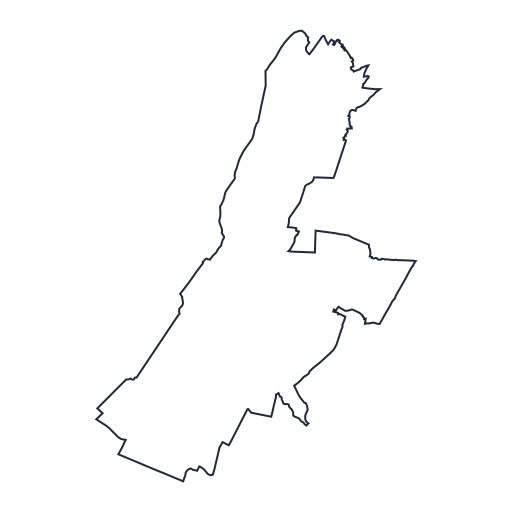 the district of Gura Foii, Dâmbovita, Romania
{"feature_id": "2599482B74557997064430", "entity_name": "Gura Foii", "entity_type": "district", "adm_level": 2, "iso_a3": "ROU", "parent_name": "Romania", "parent_adm1": "Dâmbovita", "projection": "mercator", "projection_center": [25.309, 44.762], "detail": "fine", "context": "isolated", "style": "outline", "palette": "slate", "viewbox_px": 512, "rotation_deg": 0, "n_neighbors": 0, "source": "geoboundaries", "source_scale": "gbopen_adm2", "svg_char_len": 6022}
<svg xmlns="http://www.w3.org/2000/svg" viewBox="0 0 512 512"><path d="M379.7,323.9L385.8,313.0L389.3,307.0L391.0,303.9L392.3,301.3L395.0,298.2L395.3,297.5L395.4,296.5L395.8,295.7L405.5,278.7L409.9,270.4L412.1,266.6L412.8,266.1L413.2,265.6L413.3,264.8L415.0,261.9L415.7,261.1L413.2,260.7L401.8,260.2L398.3,260.2L397.1,260.0L395.9,259.7L395.4,259.8L394.7,260.1L390.8,259.8L386.6,259.3L385.8,259.6L384.9,259.5L384.6,259.2L383.4,259.0L382.3,258.8L381.5,258.9L380.8,259.7L379.7,259.6L377.9,259.6L377.0,258.3L376.4,258.1L375.5,258.0L374.1,258.4L373.4,258.5L371.8,258.1L371.9,257.0L369.7,256.5L370.2,254.8L370.4,254.2L370.4,253.1L370.2,250.9L369.9,249.3L369.6,248.5L369.1,247.6L369.0,246.7L368.9,244.6L368.4,244.5L352.8,238.0L348.9,235.6L343.8,234.7L339.9,234.2L335.9,233.3L333.6,233.0L315.6,230.6L314.9,252.5L291.4,251.6L288.5,251.1L289.5,250.2L290.4,249.1L293.4,243.9L294.5,241.6L294.8,237.9L295.1,237.1L295.7,236.5L296.5,235.1L296.9,234.8L297.5,234.8L297.7,234.5L297.7,234.1L298.8,231.8L298.9,231.4L298.7,231.3L296.8,231.1L296.2,230.8L296.0,230.5L296.3,228.9L296.3,228.2L292.3,227.5L287.8,227.1L288.8,223.3L289.0,220.0L289.2,218.0L300.0,202.4L303.3,192.2L304.9,187.1L305.1,186.4L305.4,185.9L306.8,184.7L308.9,183.8L311.5,182.2L312.4,181.4L313.1,180.3L314.1,177.3L315.4,177.5L317.4,177.4L333.2,178.0L333.7,177.7L336.2,170.6L339.8,159.4L345.8,141.2L345.9,140.5L345.6,140.0L345.1,139.7L343.8,140.0L343.9,138.7L343.4,138.5L343.4,138.2L343.8,137.5L344.5,137.0L344.9,136.2L345.7,136.1L345.8,135.5L345.4,134.8L346.5,133.6L347.5,132.1L347.7,131.4L347.8,130.9L347.4,130.3L346.7,129.7L347.2,129.3L347.2,128.6L351.8,128.5L351.7,127.6L351.5,126.7L350.7,126.4L350.4,126.4L350.3,125.4L349.8,125.0L349.7,124.4L349.6,124.0L349.8,123.1L349.7,122.1L349.4,121.5L349.2,120.6L348.9,118.8L349.4,118.6L349.7,116.2L348.3,115.8L348.9,115.1L349.3,114.4L349.6,112.9L350.2,111.0L351.8,110.0L352.9,110.0L355.6,110.8L355.9,109.6L356.5,108.2L357.5,107.4L359.8,106.7L364.0,104.4L368.2,100.4L369.4,98.3L370.5,97.2L373.7,94.7L375.6,92.4L380.0,89.1L374.1,89.1L370.2,88.7L362.4,87.7L362.4,87.3L363.2,85.2L363.3,84.6L363.2,84.0L364.3,83.3L365.8,81.2L366.6,79.6L367.7,78.6L368.6,77.4L368.7,76.4L368.0,76.1L367.6,76.0L366.3,76.4L363.8,76.7L364.5,72.8L365.4,71.0L366.2,69.1L368.4,65.4L367.1,65.6L361.8,67.6L360.7,68.2L360.4,69.1L353.7,71.5L353.4,70.8L352.5,70.1L351.4,69.5L351.0,69.0L350.8,67.5L351.2,67.1L353.4,66.5L352.9,63.3L352.4,62.1L351.8,61.4L353.2,60.6L352.9,59.4L352.4,58.4L351.6,57.6L350.8,58.0L349.6,55.3L348.1,53.2L347.2,51.7L345.3,49.4L344.5,50.2L343.8,48.8L344.6,48.0L343.3,46.6L342.6,47.6L341.4,46.5L342.6,44.8L340.5,43.6L339.1,42.5L339.8,40.9L338.3,39.7L337.5,40.6L336.9,40.2L336.1,41.4L334.2,45.0L332.9,44.4L334.6,41.6L333.8,41.3L331.4,39.7L330.6,40.5L328.1,44.2L325.6,39.8L324.2,36.1L323.2,35.8L322.3,36.5L313.5,48.9L309.4,54.3L309.0,54.2L306.3,50.9L306.0,49.0L306.0,47.2L309.3,42.3L308.1,41.1L307.9,39.9L307.9,38.5L308.2,37.7L307.7,36.8L306.7,36.2L305.8,34.7L305.2,33.5L303.5,32.0L301.8,30.7L299.3,30.9L294.4,32.6L291.0,35.5L285.0,42.1L280.8,48.0L275.2,58.1L269.6,65.1L267.0,69.5L265.5,70.9L265.6,80.2L265.7,85.5L261.1,106.7L258.2,121.4L256.5,123.8L254.7,128.5L253.6,134.5L252.3,138.7L243.7,150.8L239.6,158.7L238.0,163.5L236.8,167.8L235.2,171.7L234.6,175.4L234.9,177.6L234.7,178.7L233.9,180.0L230.3,184.8L228.5,187.6L226.9,189.7L225.7,191.7L224.9,193.9L224.6,195.7L223.4,200.2L221.3,204.7L220.1,206.3L220.4,214.0L220.2,216.9L219.6,219.1L219.3,220.2L219.5,222.4L220.4,225.0L221.4,227.5L222.1,230.4L222.0,232.1L221.7,232.7L222.0,233.2L223.7,236.1L224.1,236.9L224.0,237.8L222.8,239.7L222.0,242.0L221.4,244.5L220.9,245.9L219.0,247.9L218.3,248.8L217.0,250.9L216.2,252.6L213.6,254.9L210.5,258.6L210.1,259.6L207.9,259.3L207.0,258.7L206.2,258.7L205.5,259.1L202.7,262.1L203.0,262.5L202.8,263.4L196.1,272.2L192.5,277.5L188.5,283.1L180.2,293.8L182.3,297.1L182.1,297.7L182.4,299.1L183.0,302.7L182.9,303.7L182.6,304.8L181.8,306.1L179.7,308.2L179.3,308.8L179.1,311.8L179.2,312.8L179.6,313.6L178.1,315.5L175.2,319.7L136.6,377.5L135.4,377.5L134.8,377.7L133.9,379.3L132.8,379.7L131.7,379.3L130.7,378.6L130.3,378.6L128.9,379.3L126.1,379.6L114.9,390.7L110.5,395.2L97.3,408.4L102.6,413.2L96.3,419.3L105.4,425.2L109.2,428.1L117.9,436.9L119.9,438.3L121.1,439.0L122.5,439.3L125.7,439.9L122.0,447.6L118.4,454.3L148.1,466.8L166.6,474.4L183.2,481.3L184.2,478.2L185.4,475.1L185.5,473.4L186.1,471.9L187.5,470.1L188.7,469.2L190.8,468.5L193.5,470.0L196.2,470.4L197.1,470.8L199.3,466.4L201.0,467.2L203.7,469.1L207.6,473.7L208.9,474.6L211.0,475.2L212.8,474.7L214.5,468.9L219.5,447.5L222.6,442.1L228.8,445.3L230.6,442.1L247.4,409.2L248.2,409.0L251.1,412.7L271.2,416.7L272.3,412.4L274.1,404.5L276.0,397.0L276.0,394.6L278.5,393.1L279.9,396.5L281.0,396.8L281.6,397.6L281.8,399.6L283.0,402.1L283.2,403.3L284.0,403.9L285.3,404.2L286.4,404.0L287.7,404.1L288.7,404.6L288.8,405.2L288.9,405.9L289.4,407.1L290.2,407.8L290.6,408.6L291.5,409.1L293.0,412.0L293.3,413.9L293.1,414.9L293.4,415.7L295.0,416.8L297.4,417.7L299.2,418.6L301.4,421.5L302.8,422.1L303.9,423.0L304.3,423.9L306.3,425.5L308.4,423.4L307.7,422.9L306.7,421.9L305.8,420.8L305.4,419.7L305.2,416.9L305.2,416.0L305.5,415.0L306.3,412.8L307.2,411.1L307.6,410.0L307.4,408.0L307.1,406.4L306.2,403.7L305.7,403.1L304.4,402.7L303.5,401.7L300.5,397.9L298.8,395.3L294.9,387.2L294.2,385.6L297.1,383.6L301.3,379.7L304.0,376.7L306.6,375.2L308.7,373.5L309.2,372.9L309.4,371.6L311.9,369.1L314.0,367.2L320.0,362.5L330.7,352.7L333.3,350.1L334.8,347.8L336.6,344.3L341.1,330.4L342.2,327.6L342.6,326.5L342.4,325.1L342.7,324.0L344.3,320.3L345.3,316.7L343.4,315.9L340.8,314.4L340.1,314.2L339.6,314.2L338.1,314.3L338.1,313.9L338.3,313.3L338.2,313.0L337.8,312.8L335.7,312.2L333.3,311.6L333.9,309.5L335.9,310.4L338.4,306.8L344.9,310.7L347.2,310.8L349.9,310.1L351.7,309.5L352.7,309.6L356.4,311.4L359.0,312.6L359.5,312.9L362.7,315.6L362.6,316.4L362.8,316.8L363.3,317.0L363.9,317.5L364.1,319.1L365.7,318.7L364.9,323.8L367.6,323.3L368.6,323.5L371.6,322.9L373.8,322.6L377.1,323.7L378.6,323.9L379.7,323.9Z" fill="none" stroke="#1e293b" stroke-width="2"/></svg>